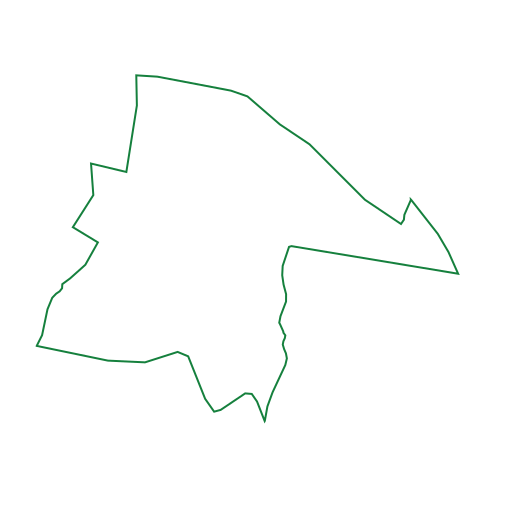 the border of South Cotabato, rotated 189°
{"feature_id": "PHL-2599", "entity_name": "South Cotabato", "entity_type": "Province", "adm_level": 1, "iso_a3": "PHL", "parent_name": "Philippines", "parent_adm1": "", "projection": "natural_earth1", "projection_center": [124.747, 6.32], "detail": "fine", "context": "isolated", "style": "outline", "palette": "green", "viewbox_px": 512, "rotation_deg": 189, "n_neighbors": 0, "source": "natural_earth", "source_scale": "10m", "svg_char_len": 985}
<svg xmlns="http://www.w3.org/2000/svg" viewBox="0 0 512 512"><g transform="rotate(189 256 256)"><path d="M221.6,94.3L232.2,112.4L238.6,119.1L245.2,118.6L266.9,98.4L267.0,98.4L273.0,95.7L283.9,107.0L307.3,146.3L318.4,149.0L349.0,133.6L385.9,129.5L458.5,132.9L458.5,133.0L454.9,144.3L453.6,170.8L450.7,182.9L447.5,187.5L444.4,190.4L442.5,193.8L442.9,197.9L436.1,204.8L423.2,220.6L414.3,244.7L441.4,255.8L426.2,290.7L433.4,321.5L397.2,318.7L397.2,386.0L402.5,415.7L381.5,417.7L306.6,415.4L289.4,412.3L253.0,389.7L220.6,374.7L157.2,328.6L117.8,310.3L115.6,315.0L115.9,319.9L111.8,335.6L111.9,336.0L111.5,335.7L79.9,306.3L66.5,290.0L53.6,270.1L222.5,271.3L224.8,270.2L228.1,250.4L227.1,241.1L224.3,232.1L220.3,223.0L219.2,215.7L222.4,200.4L222.6,193.7L221.6,192.4L217.3,185.8L216.9,184.5L214.6,182.2L214.7,179.3L215.6,176.1L215.7,172.7L213.7,168.5L211.2,164.5L209.5,159.7L210.0,152.9L218.3,124.0L221.2,109.2L221.5,94.6L221.6,94.3Z" fill="none" stroke="#15803d" stroke-width="2"/></g></svg>